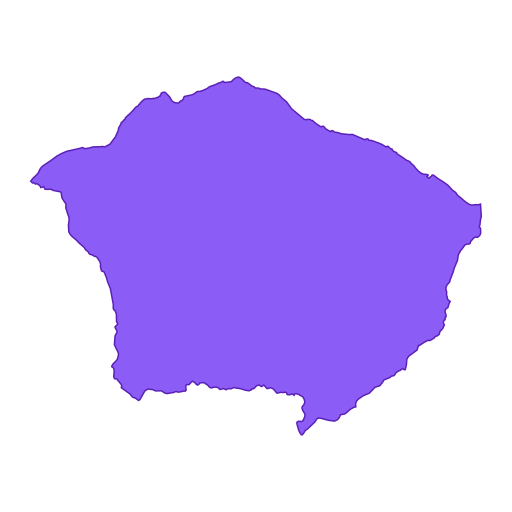 Baucau, Baucau, East Timor (Robinson projection)
{"feature_id": "22284137B73846644477643", "entity_name": "Baucau", "entity_type": "district", "adm_level": 2, "iso_a3": "TLS", "parent_name": "East Timor", "parent_adm1": "Baucau", "projection": "robinson", "projection_center": [126.421, -8.508], "detail": "fine", "context": "isolated", "style": "filled", "palette": "violet", "viewbox_px": 512, "rotation_deg": 0, "n_neighbors": 0, "source": "geoboundaries", "source_scale": "gbopen_adm2", "svg_char_len": 6019}
<svg xmlns="http://www.w3.org/2000/svg" viewBox="0 0 512 512"><path d="M480.5,204.1L478.2,204.8L476.3,204.6L471.3,205.1L468.7,204.0L465.6,202.0L459.4,196.7L457.8,195.6L455.7,192.5L452.5,190.2L448.0,185.3L444.5,182.7L437.9,178.5L433.4,175.1L432.1,175.1L431.4,176.2L430.2,176.9L429.6,177.9L428.4,178.1L426.9,176.4L428.1,175.5L427.8,174.6L423.1,174.1L420.9,173.0L418.4,171.2L415.9,168.5L413.7,165.6L411.4,163.6L410.1,162.0L408.8,161.1L406.2,160.1L404.2,158.5L396.6,153.5L396.6,152.6L393.7,151.4L392.4,150.1L392.0,149.0L390.3,148.7L388.8,147.0L387.7,146.2L387.2,146.3L386.4,146.9L386.0,146.9L381.5,144.2L373.7,141.2L371.0,140.4L368.9,140.3L367.9,138.9L366.2,139.0L365.6,139.3L365.4,139.7L364.7,139.7L352.4,134.4L349.7,134.6L341.6,133.8L337.9,132.6L334.2,132.0L333.3,131.0L332.2,130.6L331.1,130.9L330.9,131.1L331.1,131.4L330.7,131.6L329.7,131.3L325.6,128.7L323.8,126.5L322.4,126.2L321.4,126.8L320.4,126.5L316.1,123.7L312.4,120.5L311.4,120.4L309.9,119.4L307.0,119.4L306.3,119.8L304.2,119.3L291.7,108.9L286.7,102.0L285.1,100.5L282.2,98.3L279.3,95.0L277.0,93.4L265.6,89.3L263.8,89.0L260.8,89.0L258.6,88.1L255.3,88.0L254.1,86.8L252.0,86.1L247.5,82.7L245.6,82.6L242.5,79.6L240.0,77.6L239.2,77.2L238.7,77.5L238.1,77.1L235.9,77.8L233.9,79.1L231.1,81.8L224.6,82.5L223.9,82.2L223.7,81.5L222.7,81.3L220.3,82.7L218.6,83.0L216.0,84.4L209.5,86.7L207.1,88.5L203.3,90.3L200.1,91.4L198.1,91.4L196.5,91.9L194.4,93.7L191.9,94.9L184.6,96.4L184.1,96.8L183.2,99.0L182.1,100.5L180.8,100.8L178.4,103.1L174.9,102.7L172.4,101.4L171.5,100.2L169.8,97.1L166.2,93.3L164.8,92.2L162.6,92.4L161.2,93.2L160.9,94.7L160.2,95.3L160.0,96.3L159.2,96.4L157.1,97.7L155.8,97.9L154.1,98.7L153.5,98.3L151.1,98.9L148.7,98.5L144.7,99.1L143.2,100.1L140.3,102.9L139.8,104.1L139.1,104.3L138.1,105.9L136.5,106.7L135.1,107.9L134.2,109.2L130.4,113.1L129.7,114.1L128.8,114.5L125.5,117.7L125.2,118.2L125.1,119.4L123.8,120.0L123.3,120.6L123.3,121.1L121.2,122.6L121.0,123.9L118.9,127.4L118.5,128.6L118.4,130.0L115.4,136.9L109.9,144.2L104.6,147.0L102.6,146.4L101.0,146.7L93.1,146.9L89.2,148.0L84.7,148.7L82.8,147.6L82.2,147.6L80.4,148.2L66.7,151.3L61.6,153.5L56.8,156.1L50.9,160.5L42.7,166.0L41.2,167.5L39.7,169.7L38.4,172.7L36.2,175.3L33.4,177.8L30.7,181.1L32.5,183.0L34.2,182.9L35.5,184.1L36.8,183.7L37.5,184.0L39.8,185.7L40.9,187.6L43.8,186.7L44.8,189.0L45.4,189.3L51.4,189.3L52.2,190.0L53.1,190.4L60.6,191.9L61.1,192.5L62.0,197.9L64.5,202.0L65.8,203.7L66.0,204.3L65.8,207.4L66.0,208.9L66.7,210.3L67.4,213.1L69.0,217.5L69.0,218.8L69.2,219.6L68.4,225.3L68.8,231.6L69.1,232.5L70.3,234.5L71.9,236.3L76.8,240.5L78.3,242.3L84.1,247.4L85.7,249.9L88.2,251.8L88.9,253.3L89.8,254.2L92.4,255.0L94.5,256.3L95.7,256.5L96.9,257.2L100.0,261.9L100.6,264.5L100.4,266.5L101.5,270.9L103.9,271.8L104.4,272.6L106.6,278.0L107.4,281.3L110.4,288.7L113.3,304.5L113.2,308.3L113.8,309.7L115.2,311.0L116.4,314.1L116.5,321.7L117.6,323.5L117.5,324.3L115.0,326.9L115.4,328.2L116.2,329.5L117.1,331.7L116.9,332.5L115.3,335.3L115.0,336.3L114.4,344.8L118.4,353.0L118.4,355.3L117.3,359.3L115.6,361.4L113.4,363.5L112.1,365.4L111.7,366.7L113.1,367.6L113.8,368.6L114.2,371.1L113.7,376.6L114.5,378.7L116.3,378.8L116.9,379.2L121.1,384.3L121.6,385.2L121.7,386.3L121.3,387.1L121.4,387.8L129.9,393.9L132.5,397.1L135.6,398.3L138.6,400.5L140.0,399.5L144.8,391.0L148.1,388.9L149.6,389.3L152.8,389.6L154.9,390.7L155.8,390.9L161.0,390.8L162.1,391.3L164.5,392.9L167.0,393.6L173.6,392.5L175.3,391.7L176.8,391.6L178.0,392.2L181.2,391.7L184.3,390.9L185.2,391.3L186.1,390.1L185.8,386.9L186.0,385.1L186.6,384.6L188.4,384.7L189.3,384.4L191.3,382.1L192.4,381.3L194.1,382.1L195.0,382.8L196.1,384.2L197.6,385.1L198.8,384.4L200.0,382.9L203.5,382.7L204.5,382.9L205.8,384.0L207.1,384.6L209.5,387.2L210.3,387.7L212.0,387.9L213.5,387.2L214.7,387.1L217.3,387.3L218.2,387.7L219.5,389.2L220.4,389.4L223.5,388.6L226.1,389.7L228.6,388.5L230.7,388.9L233.8,387.5L236.7,388.2L240.2,388.6L245.7,390.3L249.0,390.8L251.3,389.9L252.2,388.7L253.4,388.8L254.2,388.3L256.4,385.9L258.3,385.1L259.3,385.1L260.5,386.1L262.0,386.5L263.5,385.1L264.2,385.4L267.0,388.6L268.8,388.4L270.1,387.6L272.7,388.6L274.1,389.7L276.5,392.8L277.1,393.2L281.4,392.2L282.3,392.6L285.5,392.2L286.3,392.4L286.9,394.1L287.5,394.7L290.1,394.7L291.7,394.0L292.6,394.1L294.1,395.4L294.7,394.0L295.9,393.6L299.0,394.5L299.9,395.3L301.0,395.7L303.0,397.1L304.2,399.3L304.7,401.4L304.6,402.9L304.0,404.5L302.1,406.8L302.0,408.4L303.0,410.9L304.9,414.0L304.9,415.5L304.7,416.9L303.4,419.8L302.2,421.3L301.5,421.5L298.6,421.2L297.0,422.1L296.8,422.8L297.2,425.0L298.6,429.9L299.7,432.4L301.1,434.6L302.0,434.9L303.3,433.7L305.4,430.4L307.5,429.0L313.2,423.6L314.8,422.1L316.8,419.0L318.0,418.2L320.2,418.1L328.5,420.3L334.5,421.1L337.2,419.9L338.2,418.9L339.3,417.6L340.5,414.7L344.7,414.0L346.4,412.8L350.3,409.3L354.0,407.2L355.8,406.9L355.6,403.5L356.0,402.2L357.0,400.5L358.3,399.2L362.2,396.4L364.1,395.3L369.3,393.2L375.1,387.2L379.7,385.8L382.3,382.7L384.0,379.9L389.5,377.7L390.2,377.3L391.1,376.3L393.9,375.6L394.5,375.1L395.9,372.8L398.2,371.1L399.9,370.6L402.6,368.5L403.6,369.4L404.3,369.7L405.3,369.6L406.5,364.1L406.8,359.3L408.3,356.7L409.8,355.4L417.0,350.1L418.5,345.5L419.2,345.6L424.4,342.2L427.6,340.5L430.0,340.5L433.3,338.6L434.3,337.9L434.7,337.0L436.2,336.1L437.3,335.9L439.1,334.4L439.4,333.8L439.7,331.9L442.7,328.5L444.3,325.1L444.2,324.4L443.6,323.6L443.3,322.3L444.0,320.6L444.4,320.0L445.1,319.7L445.0,318.0L445.3,317.4L446.0,316.9L446.1,316.0L445.9,314.3L445.1,312.1L445.1,310.5L445.8,309.0L447.7,307.7L448.1,307.1L448.9,304.0L449.5,302.5L450.2,301.7L449.7,301.0L448.2,300.0L447.4,298.5L447.1,296.4L446.5,295.1L446.7,292.3L445.9,288.7L446.1,287.0L447.0,285.0L449.8,281.8L449.9,280.5L453.2,271.9L454.2,268.2L457.5,260.4L458.0,256.5L458.6,254.1L460.2,251.6L460.4,250.6L461.5,249.7L464.9,245.0L467.0,244.1L469.7,243.9L470.3,243.1L470.5,241.7L473.6,238.1L475.3,237.1L477.6,237.3L479.7,235.5L480.5,233.9L480.7,232.4L480.5,228.3L479.5,227.2L479.3,226.2L479.9,225.1L480.5,219.7L481.3,216.5L480.5,204.1Z" fill="#8b5cf6" stroke="#5b21b6" stroke-width="1.5"/></svg>